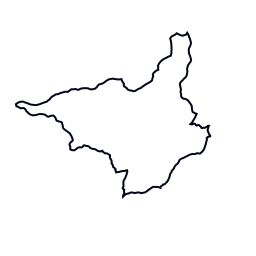 the district of Gangzur, Lhuntshi, Bhutan, rotated 336°
{"feature_id": "84629894B27978509932961", "entity_name": "Gangzur", "entity_type": "district", "adm_level": 2, "iso_a3": "BTN", "parent_name": "Bhutan", "parent_adm1": "Lhuntshi", "projection": "mercator", "projection_center": [91.081, 27.722], "detail": "fine", "context": "isolated", "style": "outline", "palette": "ink", "viewbox_px": 256, "rotation_deg": 336, "n_neighbors": 0, "source": "geoboundaries", "source_scale": "gbopen_adm2", "svg_char_len": 5808}
<svg xmlns="http://www.w3.org/2000/svg" viewBox="0 0 256 256"><g transform="rotate(336 128 128)"><path d="M220.8,65.1L219.1,66.3L217.5,66.2L215.2,65.8L213.1,63.9L211.7,62.1L211.0,61.3L210.1,61.6L208.3,62.0L205.5,62.0L203.4,63.0L202.9,63.5L202.5,66.4L201.2,70.3L200.0,73.4L197.9,77.6L196.5,79.4L193.7,79.2L192.1,79.4L188.5,79.5L185.4,80.3L183.1,81.4L180.9,83.1L180.0,85.3L179.3,87.2L177.4,87.0L173.8,88.1L172.3,89.4L172.0,91.2L170.4,92.7L169.3,94.3L166.7,95.0L162.8,95.3L159.5,95.8L159.0,96.0L157.8,96.1L157.0,96.3L155.8,96.7L153.2,96.5L152.4,96.7L150.6,96.9L149.7,97.0L148.4,96.8L147.4,96.2L146.7,95.4L145.3,94.6L145.1,94.5L143.9,93.3L143.4,92.6L142.9,90.6L142.3,89.9L141.7,88.6L141.4,88.2L141.4,87.5L141.9,86.7L141.9,86.4L142.2,86.1L142.2,85.6L142.0,84.5L141.8,83.8L141.7,83.4L141.8,82.5L141.7,81.8L142.0,80.8L139.3,79.9L137.8,79.1L135.3,77.6L134.3,76.7L132.5,76.3L130.6,75.8L128.8,75.9L126.8,76.2L124.4,76.8L122.8,77.0L120.3,76.6L118.8,76.5L117.4,77.1L116.4,77.9L114.7,78.4L114.0,78.7L112.6,78.4L110.8,78.1L109.0,77.1L107.8,75.6L106.0,74.6L103.5,73.5L101.2,72.9L98.2,72.9L97.3,72.4L96.0,71.1L94.1,70.5L92.0,69.6L90.2,70.0L87.5,70.5L85.7,69.4L83.3,69.0L80.8,68.6L77.9,68.6L75.6,67.9L73.0,68.3L71.9,68.3L69.5,69.1L68.2,69.9L66.2,70.3L64.6,70.9L61.8,70.6L56.7,70.3L53.5,69.8L49.9,67.8L48.2,66.6L46.0,64.2L43.7,62.2L42.7,61.1L40.0,60.2L37.6,60.1L36.2,60.5L35.3,60.6L34.9,62.8L36.0,63.6L36.7,64.7L37.8,66.2L38.8,66.6L40.8,67.3L41.8,68.9L42.0,70.8L42.0,71.5L42.7,72.6L42.8,73.6L44.5,76.3L46.3,77.8L49.7,78.8L52.1,79.1L53.4,79.5L55.3,80.4L57.4,81.9L58.4,83.5L59.6,85.3L61.7,85.4L63.4,85.7L65.0,86.4L65.6,87.8L65.8,89.1L65.9,90.3L65.7,91.3L65.8,92.2L67.3,93.7L68.0,94.3L69.1,95.1L69.6,95.6L69.8,96.5L69.6,97.4L69.5,98.6L69.2,99.8L68.8,100.8L68.7,101.8L69.0,102.7L69.7,104.1L70.3,105.0L70.9,106.2L72.6,109.0L72.8,110.0L72.8,111.0L73.0,111.7L73.0,112.7L72.9,113.5L73.0,114.3L72.7,116.7L71.4,117.4L69.6,117.8L68.5,118.6L67.6,119.8L67.8,121.2L67.6,121.9L66.8,123.5L66.6,124.1L67.4,125.0L68.1,125.6L69.5,126.3L70.0,126.6L74.4,125.6L75.9,125.9L77.1,126.6L78.2,126.9L79.6,126.4L80.3,125.9L81.2,126.1L82.7,127.5L83.9,128.1L84.9,129.2L85.1,130.3L85.9,131.4L86.9,132.5L88.4,133.3L89.6,134.4L90.2,135.2L90.6,135.9L91.2,136.7L92.0,137.2L92.6,137.9L94.0,138.3L95.0,138.4L95.3,138.4L95.1,139.3L95.7,139.9L96.4,141.3L96.6,141.7L98.7,142.8L99.2,143.5L99.8,144.6L100.3,145.1L100.5,145.7L100.0,146.6L99.5,147.2L99.4,148.7L99.7,150.0L99.7,150.7L99.5,151.9L99.3,152.3L98.8,153.3L98.6,153.8L98.7,154.2L99.0,154.7L99.0,155.5L98.9,156.4L98.6,157.7L99.4,158.8L99.4,159.2L99.6,160.0L99.9,160.6L99.3,161.2L99.2,161.6L99.4,162.5L99.3,163.0L99.2,163.8L99.8,163.8L102.3,164.6L103.6,164.7L105.8,165.2L107.9,166.0L109.8,166.0L109.8,167.4L107.1,170.6L104.6,173.0L103.0,173.9L102.1,175.1L101.4,176.4L101.0,177.3L100.6,178.5L100.3,179.3L99.8,179.8L98.9,180.4L98.6,181.1L98.9,182.0L99.5,182.8L98.5,184.1L98.3,185.0L98.3,185.7L96.3,187.6L95.6,188.4L95.5,188.7L96.2,188.4L97.2,188.2L98.0,187.7L98.7,187.6L99.4,187.7L100.6,187.7L101.5,188.0L102.4,188.0L103.1,188.1L104.4,188.1L104.8,188.2L105.8,188.8L107.3,189.8L107.7,190.2L109.3,190.5L110.6,190.8L112.3,191.7L112.8,192.1L113.3,192.7L114.0,193.1L114.9,193.1L116.1,193.5L117.5,193.7L118.5,193.6L120.4,193.2L122.3,192.7L123.6,192.6L124.8,192.2L127.0,192.0L127.6,192.2L128.0,192.5L129.5,193.2L131.0,193.8L131.6,194.2L132.4,194.9L132.6,195.2L133.3,195.9L133.5,195.5L133.8,195.1L134.3,194.8L134.6,194.6L135.0,194.5L136.0,194.5L136.7,194.2L137.0,193.9L137.2,194.0L138.2,194.2L139.6,194.0L140.2,193.6L141.4,193.2L142.3,192.8L142.6,192.6L142.7,192.4L143.3,192.0L143.8,191.7L144.0,191.5L144.5,191.0L144.6,190.9L145.2,190.5L148.1,186.9L149.1,186.4L149.7,186.0L150.3,185.2L151.4,184.6L152.8,184.0L153.9,183.2L155.0,182.1L155.9,181.7L156.6,181.3L159.1,180.6L160.5,179.6L161.8,178.4L162.5,178.1L164.0,177.7L165.1,177.8L167.6,177.9L168.5,177.7L169.6,177.7L171.2,177.7L172.3,177.5L173.1,177.5L174.4,177.6L176.1,177.8L177.3,178.5L178.7,179.1L180.8,179.1L182.0,179.8L183.0,180.5L183.7,180.6L184.8,180.2L185.7,180.0L187.0,179.4L188.5,178.6L189.6,177.5L192.4,174.5L193.3,173.2L194.9,171.3L195.3,170.7L195.6,170.0L196.0,169.0L196.8,169.0L197.3,168.6L198.0,168.6L199.1,169.1L199.8,168.9L200.0,168.5L199.9,167.6L199.6,166.9L199.6,164.7L199.8,163.1L199.7,162.9L199.8,162.4L201.9,159.7L202.2,159.2L202.8,158.9L202.5,158.6L201.6,158.6L201.0,158.8L198.5,159.1L197.7,158.9L197.4,158.6L197.1,158.4L196.7,158.3L195.8,158.3L195.4,158.0L195.1,157.7L195.1,156.7L195.0,156.2L194.6,155.7L194.4,155.0L194.0,154.2L193.5,153.9L193.0,153.7L192.4,153.7L191.6,153.7L191.2,153.0L191.1,152.0L190.9,151.6L190.6,151.1L190.4,151.0L189.9,150.8L189.1,150.8L188.3,150.8L187.5,150.5L186.7,150.1L186.4,149.8L186.7,149.6L187.5,149.6L188.3,149.3L189.1,148.8L190.4,147.8L193.3,145.8L195.1,144.2L195.8,143.6L196.4,143.2L196.5,143.0L195.2,141.8L194.7,141.0L194.0,140.2L193.6,139.7L193.6,139.4L193.7,138.7L193.8,138.1L194.1,137.0L194.3,136.2L194.5,135.7L194.7,135.0L195.1,134.2L195.2,132.8L194.9,131.3L194.6,129.9L194.6,129.3L194.3,128.6L193.9,127.0L193.5,126.4L193.0,125.6L191.7,124.4L191.0,124.1L190.2,123.2L189.9,122.8L189.7,122.1L189.4,121.6L189.5,120.6L189.6,120.1L190.0,119.4L190.2,119.2L190.5,117.5L190.6,116.5L191.0,115.8L191.6,115.1L192.1,114.2L192.3,113.4L192.5,111.8L192.8,111.0L193.1,110.0L193.2,108.9L193.7,108.3L194.3,107.8L197.5,106.5L199.0,105.8L199.9,105.5L201.1,105.2L202.2,104.5L202.8,104.0L203.4,103.3L204.0,102.4L205.0,100.9L205.5,99.9L205.7,98.9L206.0,98.0L206.6,97.2L207.8,95.7L208.7,94.9L209.5,94.4L210.4,93.8L211.3,93.4L212.0,92.9L213.1,92.0L213.4,91.1L213.6,90.2L213.9,88.2L214.0,87.2L214.0,86.2L214.0,85.3L214.2,84.3L214.5,83.3L214.9,82.3L215.4,81.3L215.8,80.3L216.5,79.7L217.4,79.0L218.1,78.4L219.9,76.4L220.3,75.3L220.9,71.4L220.9,69.8L221.1,68.2L221.0,66.5L220.8,65.1Z" fill="none" stroke="#020617" stroke-width="2"/></g></svg>